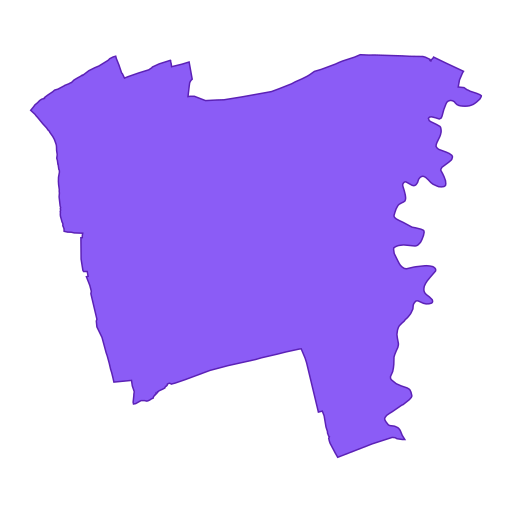 Cavadinesti, Galati, Romania
{"feature_id": "2599482B39355848993801", "entity_name": "Cavadinesti", "entity_type": "district", "adm_level": 2, "iso_a3": "ROU", "parent_name": "Romania", "parent_adm1": "Galati", "projection": "equal_earth", "projection_center": [28.047, 46.057], "detail": "fine", "context": "isolated", "style": "filled", "palette": "violet", "viewbox_px": 512, "rotation_deg": 0, "n_neighbors": 0, "source": "geoboundaries", "source_scale": "gbopen_adm2", "svg_char_len": 5928}
<svg xmlns="http://www.w3.org/2000/svg" viewBox="0 0 512 512"><path d="M464.0,87.6L458.2,87.0L459.5,79.9L462.5,72.9L463.5,71.3L445.8,63.0L433.6,57.1L433.3,57.8L431.4,59.8L430.9,61.0L429.9,60.5L429.9,60.2L430.1,59.7L430.0,59.4L425.4,57.2L422.9,56.5L409.8,56.3L402.6,55.9L374.3,55.0L368.9,55.1L360.2,54.7L354.6,57.1L342.6,61.0L339.1,62.4L335.4,64.1L321.2,69.4L314.4,71.4L309.6,74.8L307.1,76.3L301.9,78.9L295.3,81.8L291.6,83.8L279.2,88.7L271.4,91.6L241.9,96.9L223.9,99.8L217.0,100.0L205.5,100.6L194.4,96.3L190.0,96.3L188.0,96.6L189.2,86.2L189.7,82.7L190.5,81.1L191.4,79.9L192.2,79.2L189.1,62.0L181.9,64.2L171.6,66.7L171.2,63.7L170.7,61.9L170.6,60.5L170.4,60.3L159.1,63.9L152.4,67.0L151.7,67.9L150.2,68.8L149.2,69.6L148.5,69.9L138.8,72.9L127.9,76.7L124.5,78.1L122.4,73.8L121.6,72.9L118.9,64.9L116.4,58.7L115.7,56.2L113.0,57.0L109.7,58.7L108.5,60.0L107.5,60.7L98.9,66.0L94.8,67.7L88.8,70.7L82.8,75.3L82.7,75.0L81.7,75.4L80.7,76.2L77.7,77.8L74.0,80.0L71.4,82.6L70.4,82.9L68.8,83.8L64.7,85.4L64.4,85.7L58.0,89.1L54.6,90.1L52.8,91.7L47.7,95.1L44.4,97.6L44.6,98.1L44.1,98.6L42.1,99.0L40.4,100.0L39.3,100.9L37.6,102.7L35.0,104.8L33.5,106.9L30.7,110.3L35.1,114.4L36.1,115.8L37.5,117.3L42.9,123.9L46.6,127.9L48.1,130.1L49.5,131.4L49.8,132.3L52.7,136.4L53.6,138.0L54.4,139.5L55.9,143.7L56.3,145.0L56.5,146.8L56.6,150.5L57.2,154.4L57.1,155.7L56.8,157.6L56.8,158.5L57.4,160.4L57.9,164.2L58.1,164.2L58.8,169.3L59.2,169.9L59.4,170.9L59.4,172.4L58.8,175.6L58.5,177.3L58.4,181.3L58.6,184.6L59.3,189.7L59.2,191.1L59.4,193.1L59.1,196.8L59.2,197.7L60.1,205.6L60.3,206.6L60.6,207.3L60.6,207.7L60.3,208.6L60.6,210.0L60.2,211.8L60.4,212.2L60.3,214.8L60.5,216.4L60.8,217.4L60.9,217.9L61.3,219.2L62.0,221.9L62.7,223.2L62.9,224.2L62.8,225.9L63.3,226.6L63.6,227.8L64.0,228.5L64.1,231.3L67.6,232.1L71.2,232.2L74.2,232.9L82.7,233.2L82.3,235.7L82.3,237.6L80.9,237.7L81.1,259.2L82.9,270.4L83.6,271.5L87.2,271.5L88.1,276.3L86.4,276.7L89.8,285.4L91.3,291.2L90.9,293.8L96.9,319.2L96.3,321.1L96.9,326.9L102.0,337.4L106.1,352.6L107.2,355.8L109.2,363.1L110.6,369.2L111.7,372.7L112.9,377.6L113.9,382.1L131.5,380.4L132.3,385.9L134.2,391.5L134.2,392.1L133.9,394.0L133.8,395.9L133.1,402.2L133.5,404.0L135.7,403.6L141.0,400.6L144.6,400.6L146.7,401.1L147.8,400.9L149.6,400.1L151.7,398.7L153.1,398.2L153.5,396.8L153.8,396.3L155.2,394.9L155.1,394.7L156.1,393.8L156.1,393.6L156.3,393.8L157.0,393.0L157.6,392.3L157.3,392.1L157.4,391.9L157.8,392.0L158.2,391.5L159.1,390.8L162.8,389.1L164.8,388.0L164.8,387.6L165.9,386.2L166.2,386.2L167.0,385.5L167.4,384.6L167.3,384.2L168.2,383.6L169.5,383.2L171.0,383.8L171.2,384.0L171.6,384.1L172.3,383.8L175.1,383.1L185.0,379.7L210.0,370.4L228.1,365.6L255.6,359.5L261.4,357.8L277.4,354.1L286.1,351.9L299.0,349.1L301.2,348.8L305.1,358.1L306.6,362.8L318.4,412.1L322.3,411.1L324.1,415.7L326.0,427.0L327.5,431.7L327.5,433.0L328.7,436.2L329.4,436.8L328.7,438.2L329.3,440.9L330.1,443.3L335.5,453.5L337.7,457.3L372.1,443.9L392.2,437.4L395.2,437.7L396.9,438.7L402.3,439.5L404.8,439.5L402.2,435.3L400.4,430.9L399.7,429.6L399.0,428.8L398.4,428.1L397.5,427.5L395.1,426.4L394.2,426.1L390.1,425.6L389.1,425.3L388.2,424.7L386.1,422.0L385.3,420.7L384.9,419.9L384.7,418.9L384.7,418.3L385.2,417.3L386.4,415.7L387.0,415.1L389.3,413.5L392.4,411.6L401.5,405.3L403.1,404.6L409.4,399.6L411.3,397.4L411.8,396.2L411.8,395.5L411.0,392.2L410.0,390.0L409.0,389.0L407.1,387.9L401.2,385.9L396.2,383.7L391.5,379.9L390.9,379.1L390.5,378.2L390.5,376.5L392.1,372.9L392.7,371.5L393.4,368.0L393.8,364.3L394.0,357.0L394.8,354.4L396.3,350.7L397.8,347.5L398.4,344.9L398.4,343.5L397.4,338.2L396.9,334.4L397.3,331.6L397.5,330.1L398.4,327.4L399.3,325.8L401.6,323.4L404.1,321.2L405.5,319.3L406.5,318.6L408.2,316.8L410.4,314.0L411.1,312.8L412.9,308.9L413.2,305.4L413.5,304.3L414.0,303.3L415.5,301.4L416.1,301.0L417.0,300.8L418.1,300.9L423.4,303.3L426.1,303.9L429.0,303.8L431.3,303.2L432.2,302.6L432.6,301.7L432.5,300.6L432.2,299.7L429.4,296.9L426.5,294.7L425.3,293.5L424.5,292.3L423.9,290.4L423.9,288.5L424.3,286.2L425.6,283.4L427.2,280.9L429.8,277.7L435.5,271.1L435.7,270.2L435.6,269.2L435.1,268.3L433.8,267.2L432.8,266.6L429.9,266.0L426.5,265.7L424.5,265.8L416.2,266.7L413.7,267.1L406.4,268.8L404.2,268.4L402.1,267.0L400.4,265.3L399.2,263.5L397.6,260.4L394.2,253.5L393.6,249.4L393.8,247.8L395.7,246.6L397.4,245.9L398.7,245.5L403.5,244.9L415.1,246.0L416.5,245.7L417.4,245.3L418.0,244.9L419.9,243.0L420.7,242.0L422.0,239.4L423.5,235.4L424.1,232.4L424.0,231.4L423.8,230.7L423.1,230.1L421.0,229.2L415.5,227.8L412.1,227.2L403.4,222.5L399.2,220.5L396.4,219.0L395.3,218.1L394.6,217.4L394.1,216.6L394.0,215.5L394.9,212.4L396.1,208.9L397.5,206.3L398.1,205.3L399.1,204.3L401.6,202.9L403.5,202.0L404.9,201.0L405.4,199.7L405.6,198.7L405.6,197.4L405.3,195.0L404.3,190.9L402.9,186.3L402.7,185.3L402.8,184.1L403.3,183.2L403.9,182.5L404.6,182.0L405.5,181.8L406.2,182.0L412.1,185.3L413.8,185.7L414.6,185.5L415.3,185.2L416.0,184.7L416.9,183.5L417.6,182.4L418.6,179.3L419.8,177.7L420.5,177.1L422.1,176.3L423.2,176.3L424.2,176.6L425.7,177.4L428.3,179.8L430.8,182.5L433.0,184.2L436.9,186.0L438.7,186.7L441.4,186.9L443.7,186.6L444.5,186.3L445.5,185.4L445.8,183.8L445.5,180.7L444.1,176.8L442.7,173.8L441.6,171.8L440.7,170.1L440.9,169.3L441.9,167.3L448.9,162.1L451.2,160.1L451.8,159.3L452.4,157.3L452.4,156.3L451.8,155.3L449.3,153.5L446.4,152.2L438.6,149.3L437.0,147.9L436.0,146.3L436.3,144.3L436.9,142.6L439.8,136.6L440.5,134.7L441.1,132.0L441.1,130.1L440.8,128.1L440.5,127.2L439.9,126.4L436.4,124.4L430.8,121.7L429.2,120.6L428.4,118.3L429.5,117.1L431.5,116.8L435.6,117.8L439.3,119.0L441.2,118.0L442.0,116.2L443.8,109.6L445.9,104.1L446.8,102.3L448.3,101.0L450.4,100.4L452.4,100.7L454.3,101.7L455.5,103.2L457.0,104.6L458.9,105.5L460.8,105.9L462.9,106.1L464.9,106.2L467.1,106.1L469.3,105.8L471.2,105.2L473.2,104.4L474.9,103.3L476.5,102.1L479.8,99.1L480.1,98.7L481.2,96.6L481.3,95.7L479.9,94.7L476.8,93.4L470.1,91.2L468.3,90.2L467.1,89.8L464.0,87.6Z" fill="#8b5cf6" stroke="#5b21b6" stroke-width="1.5"/></svg>